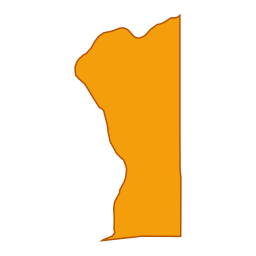 the district of Hancock, West Virginia, United States of America
{"feature_id": "52423323B20661288428578", "entity_name": "Hancock", "entity_type": "district", "adm_level": 2, "iso_a3": "USA", "parent_name": "United States of America", "parent_adm1": "West Virginia", "projection": "equal_earth", "projection_center": [-80.596, 40.517], "detail": "fine", "context": "isolated", "style": "filled", "palette": "amber", "viewbox_px": 256, "rotation_deg": 0, "n_neighbors": 0, "source": "geoboundaries", "source_scale": "gbopen_adm2", "svg_char_len": 916}
<svg xmlns="http://www.w3.org/2000/svg" viewBox="0 0 256 256"><path d="M75.1,67.3L75.2,71.4L75.8,75.5L78.8,78.7L84.0,83.3L86.0,85.8L93.8,98.8L99.6,107.8L101.5,108.5L103.6,110.5L107.3,124.6L108.2,132.2L110.2,141.7L116.5,153.3L121.2,158.1L123.5,159.7L126.1,166.4L126.6,170.0L125.7,177.4L124.1,182.0L119.8,190.0L119.5,192.9L115.0,201.1L114.3,203.8L113.8,208.9L114.3,218.8L114.0,228.9L114.6,232.4L114.3,233.6L112.2,236.1L103.1,239.8L102.0,240.6L141.4,236.2L180.7,236.4L180.9,178.3L180.0,167.9L180.0,164.5L179.9,127.0L179.9,88.5L179.9,60.3L179.9,36.1L179.9,15.4L177.9,17.0L175.2,17.9L172.1,17.7L170.3,18.3L165.5,21.5L161.0,23.8L157.3,24.5L150.6,29.3L145.6,35.0L142.7,36.9L139.3,38.0L137.1,38.0L134.4,36.9L128.5,30.4L127.1,29.3L123.8,27.9L120.2,28.0L111.7,31.2L103.8,32.8L98.8,36.3L95.2,40.8L91.3,47.8L86.5,53.3L84.9,54.4L84.1,54.4L78.9,58.9L76.6,62.5L75.1,67.3Z" fill="#f59e0b" stroke="#b45309" stroke-width="1.5"/></svg>